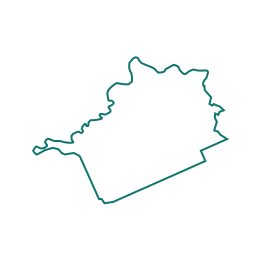 outline of Bryan, Oklahoma, United States of America, rotated 156°
{"feature_id": "52423323B7757508729966", "entity_name": "Bryan", "entity_type": "district", "adm_level": 2, "iso_a3": "USA", "parent_name": "United States of America", "parent_adm1": "Oklahoma", "projection": "robinson", "projection_center": [-96.193, 33.922], "detail": "fine", "context": "isolated", "style": "outline", "palette": "teal", "viewbox_px": 256, "rotation_deg": 156, "n_neighbors": 0, "source": "geoboundaries", "source_scale": "gbopen_adm2", "svg_char_len": 2666}
<svg xmlns="http://www.w3.org/2000/svg" viewBox="0 0 256 256"><g transform="rotate(156 128 128)"><path d="M42.0,77.6L46.3,84.1L47.4,88.3L50.2,90.7L44.3,97.6L44.5,102.1L42.5,105.8L40.2,103.2L37.8,105.5L33.3,105.2L35.3,110.0L40.0,115.0L42.0,114.2L43.8,116.9L39.6,122.2L42.5,131.5L41.2,135.1L41.3,135.1L41.9,136.0L41.9,136.6L41.4,137.8L40.9,138.8L39.3,140.2L38.3,140.8L36.1,141.8L33.1,145.1L32.4,146.2L32.2,146.6L32.1,147.4L32.3,148.0L33.6,149.0L38.4,150.9L40.2,151.8L41.5,152.6L44.6,154.9L46.1,155.0L49.4,154.9L53.4,153.9L54.2,154.1L54.7,154.4L55.3,155.1L56.2,156.9L56.9,159.1L57.1,160.2L57.1,163.1L57.9,164.7L60.1,166.8L60.5,167.1L63.6,166.9L69.5,166.4L70.1,166.1L71.4,165.0L71.9,164.8L74.5,165.1L75.8,165.5L77.5,166.1L78.1,166.9L78.6,168.0L78.9,168.7L79.5,170.9L80.6,172.6L81.7,173.9L85.9,178.2L86.9,179.3L89.1,181.6L89.7,183.1L90.5,185.8L90.5,187.6L90.7,188.2L92.1,189.4L93.7,189.6L95.0,189.4L99.7,187.3L100.2,186.9L100.6,186.3L102.1,183.3L102.8,180.8L102.9,179.0L102.7,176.9L103.0,175.3L103.7,172.7L103.9,172.0L105.4,169.1L106.0,168.7L109.3,167.8L110.9,168.1L115.6,170.6L119.8,173.5L121.7,173.6L126.2,172.4L127.0,172.1L129.1,171.3L131.0,170.2L131.8,169.4L132.9,167.7L134.3,162.8L134.5,160.9L133.5,160.4L132.7,160.0L132.1,159.7L131.6,159.4L131.2,158.5L130.8,157.1L131.3,156.2L131.5,156.1L134.0,155.4L137.0,155.4L137.4,154.9L136.8,151.5L137.1,150.5L137.6,150.0L139.6,149.6L143.1,149.4L144.1,150.0L145.9,151.4L147.2,151.8L148.2,151.9L148.6,151.3L148.6,150.0L148.3,148.8L147.9,148.3L147.8,147.9L147.8,147.7L148.1,147.3L151.4,147.7L156.0,149.0L157.8,149.9L159.3,150.3L161.8,149.1L163.1,146.6L163.5,146.2L164.4,146.3L165.1,146.6L165.2,147.0L165.0,147.8L165.1,148.6L165.3,148.9L165.7,149.3L168.8,148.0L170.3,146.5L170.5,146.2L170.5,145.4L170.4,143.9L170.7,143.0L171.3,142.6L171.8,142.4L172.4,142.4L173.4,143.0L174.1,144.4L176.0,145.1L180.5,145.0L182.1,144.2L182.8,143.8L183.8,141.4L184.1,140.2L184.1,139.3L184.0,138.9L183.8,138.3L183.7,137.7L183.9,137.2L184.1,137.1L186.9,138.0L188.3,138.7L190.7,140.1L193.3,142.0L194.6,143.2L195.9,144.0L200.7,146.2L202.8,148.1L203.7,149.2L204.1,149.7L205.0,150.3L205.5,150.6L206.7,150.7L207.5,150.4L208.7,149.7L209.2,149.3L209.5,148.7L209.6,148.2L209.4,147.2L209.2,146.6L209.0,145.4L209.0,145.1L209.2,144.6L212.6,143.8L213.5,143.9L215.9,144.8L216.4,145.1L218.9,148.1L219.6,148.4L219.8,148.4L221.7,147.3L222.9,146.8L223.7,145.8L223.9,145.1L223.0,142.1L222.3,141.3L222.0,140.8L212.6,141.5L204.9,140.5L200.3,137.0L198.8,132.2L196.5,129.6L187.7,127.2L184.1,122.9L183.5,121.1L183.4,74.8L180.9,73.8L180.1,68.8L171.7,66.5L147.5,66.5L115.6,66.4L80.8,66.4L70.7,66.4L70.7,77.6L42.0,77.6Z" fill="none" stroke="#0f766e" stroke-width="2"/></g></svg>